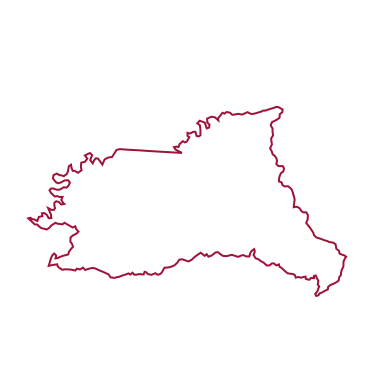 Francisco Beltrão, Paraná, Brazil (Albers equal-area conic projection), rotated 186°
{"feature_id": "56859067B76374785013373", "entity_name": "Francisco Beltrão", "entity_type": "district", "adm_level": 2, "iso_a3": "BRA", "parent_name": "Brazil", "parent_adm1": "Paraná", "projection": "albers", "projection_center": [-53.12, -26.068], "detail": "fine", "context": "isolated", "style": "outline", "palette": "rose", "viewbox_px": 384, "rotation_deg": 186, "n_neighbors": 0, "source": "geoboundaries", "source_scale": "gbopen_adm2", "svg_char_len": 4796}
<svg xmlns="http://www.w3.org/2000/svg" viewBox="0 0 384 384"><g transform="rotate(186 192 192)"><path d="M43.8,155.1L46.6,156.5L50.0,156.5L52.4,157.4L55.2,157.8L58.5,158.8L63.4,159.7L66.0,161.7L67.2,164.3L69.8,167.5L71.7,169.6L73.8,171.7L75.2,173.2L74.1,176.9L74.3,181.1L76.2,183.7L79.3,183.4L81.5,184.7L83.2,187.0L85.2,188.0L87.2,188.2L89.2,187.5L89.3,190.2L89.1,195.0L90.1,198.4L91.1,200.3L91.9,202.6L93.2,204.9L94.8,206.4L97.2,207.8L100.1,207.2L102.6,208.2L104.0,211.0L106.6,211.5L106.8,215.2L106.2,218.2L105.3,220.3L103.3,222.0L103.0,225.1L104.3,227.2L108.7,226.8L111.1,228.7L110.6,231.7L111.7,234.6L113.7,236.8L115.6,237.8L117.0,240.8L118.9,243.6L117.5,247.6L118.4,251.1L118.9,253.5L117.3,256.7L118.2,260.4L118.5,263.5L120.7,266.5L119.8,269.8L118.1,270.9L115.7,272.4L112.8,274.8L112.8,278.6L110.5,280.8L110.5,283.5L112.9,284.6L115.0,285.5L117.4,285.4L119.0,284.4L121.4,283.4L124.5,282.1L127.6,280.6L129.7,280.4L131.8,279.1L135.4,277.6L138.5,276.3L141.3,275.8L143.2,276.4L145.1,277.2L147.2,276.0L150.4,274.2L154.1,274.6L157.6,273.5L160.1,273.0L162.4,274.8L165.9,275.2L168.0,273.3L170.0,274.0L171.9,270.9L173.8,268.0L173.3,266.0L177.1,268.7L180.5,268.9L184.6,266.6L184.0,262.6L181.7,261.0L181.7,257.9L184.0,256.8L186.5,262.3L191.8,263.7L193.9,260.9L191.1,259.2L190.1,254.5L189.5,249.3L191.1,248.0L193.2,248.2L194.2,250.3L194.9,252.2L197.1,251.9L200.3,249.9L202.7,250.4L202.3,247.3L200.4,246.2L201.6,243.6L202.3,241.7L204.3,240.6L206.5,241.6L209.4,238.2L210.1,235.3L212.2,235.5L214.6,234.8L212.8,232.5L206.1,229.8L221.0,229.1L236.1,228.4L240.9,228.2L249.7,227.9L255.2,227.6L259.2,227.4L262.7,227.3L264.6,227.2L268.3,227.1L271.5,225.9L272.4,224.0L273.6,221.6L275.1,218.5L279.0,217.5L282.3,215.3L283.4,211.8L284.0,209.9L287.2,213.5L289.2,215.5L291.2,215.4L292.7,213.2L293.7,210.1L296.6,213.1L295.2,218.3L297.5,220.1L299.9,218.7L302.3,217.2L299.6,214.2L301.6,210.9L305.2,209.6L305.1,205.2L304.1,202.1L307.4,199.2L311.0,200.8L312.9,200.6L314.2,203.1L315.2,206.5L317.2,204.7L317.5,199.5L318.4,196.9L321.1,194.3L323.4,194.9L325.7,194.9L328.3,196.2L331.5,194.3L331.7,190.9L330.0,189.1L327.9,187.2L325.7,186.8L323.3,187.8L319.9,190.2L316.3,190.7L314.4,188.5L315.6,185.2L317.2,183.2L320.1,183.3L323.1,180.9L325.2,180.2L327.2,180.2L330.4,181.0L332.5,180.8L333.9,178.8L332.1,176.3L330.5,175.1L328.0,173.2L325.8,173.8L323.0,173.2L320.3,173.6L321.2,170.6L319.5,168.2L317.8,166.8L320.8,165.9L323.2,168.0L326.1,168.6L327.7,167.0L327.5,164.0L326.5,161.6L327.5,159.8L329.7,159.5L333.4,161.0L331.9,158.3L329.8,154.6L329.2,151.3L331.8,151.0L334.2,154.3L336.8,155.6L339.0,155.2L338.2,152.4L341.7,151.2L342.8,147.0L345.6,148.1L348.3,148.4L350.0,149.5L352.1,148.7L350.0,147.2L347.7,145.4L345.1,143.4L342.5,143.4L340.9,142.1L338.3,140.4L335.4,140.0L332.6,139.5L330.1,141.5L329.0,143.3L327.5,144.8L324.5,147.1L322.4,146.4L317.4,146.3L315.7,148.1L306.9,144.2L304.5,145.7L303.3,143.0L300.8,140.8L302.4,138.7L304.3,137.4L306.0,136.3L308.0,134.2L307.8,129.9L305.8,127.7L304.6,125.1L306.3,122.8L308.2,119.6L308.5,117.0L311.0,116.0L313.3,115.2L316.2,113.8L318.8,112.2L320.8,111.7L320.4,114.6L322.7,116.4L324.5,114.1L325.5,110.6L326.1,107.2L326.8,103.6L322.7,104.9L318.5,106.0L317.8,104.0L316.2,102.8L312.9,101.1L310.7,101.8L304.7,102.2L299.9,101.7L298.4,103.8L295.4,103.2L292.5,105.4L290.1,103.3L287.1,104.7L284.9,105.5L282.2,106.2L279.8,105.7L276.4,104.5L272.2,103.3L266.5,101.4L264.1,98.6L260.0,98.5L257.5,99.5L255.7,100.0L252.6,101.6L248.6,103.4L246.7,104.4L244.7,103.4L242.7,105.5L240.9,103.7L238.4,104.0L235.8,104.9L231.5,104.9L230.8,107.7L229.0,107.3L227.4,105.8L223.7,105.4L220.0,107.4L217.7,106.1L215.8,106.7L214.2,107.9L213.2,109.7L211.6,113.7L207.0,114.7L204.9,115.5L201.7,117.3L199.1,120.3L197.6,123.3L194.9,124.1L191.1,123.2L188.3,122.6L185.4,124.4L182.6,127.7L177.1,132.5L175.2,131.4L172.6,129.8L170.9,131.7L168.9,129.4L166.0,130.8L164.4,132.2L162.5,134.2L159.9,134.9L157.3,133.1L154.5,131.7L151.0,131.8L149.3,132.4L145.8,133.7L143.1,133.1L139.3,132.3L136.6,133.9L134.2,134.6L131.4,133.6L128.3,133.9L127.5,137.7L126.5,139.7L124.2,141.7L123.3,139.4L124.2,135.8L121.9,132.8L118.8,132.0L116.1,130.3L113.6,129.4L109.9,126.7L107.0,127.2L105.1,129.3L103.3,129.6L100.4,127.8L98.0,129.1L97.2,126.9L95.2,126.0L92.5,123.9L88.5,121.2L85.8,121.0L82.9,121.0L80.9,120.0L79.9,117.7L77.3,118.6L74.4,118.2L72.2,119.2L70.2,119.7L69.8,117.5L66.4,116.9L64.3,119.1L61.6,119.1L62.0,121.2L60.2,121.9L59.1,119.9L57.0,116.7L57.3,113.1L55.6,111.3L56.3,109.2L56.9,106.5L58.8,103.5L57.6,101.6L55.4,102.6L54.6,104.5L52.6,105.4L49.8,107.4L46.7,109.3L46.7,111.8L44.6,114.0L42.7,115.0L40.6,116.2L38.7,117.6L36.9,119.2L36.6,122.9L35.3,124.7L35.3,127.8L34.9,130.4L33.7,133.3L33.8,136.0L34.1,138.3L33.1,141.6L31.9,143.8L34.0,144.9L36.0,145.3L38.8,146.1L39.7,148.9L42.5,150.6L43.8,155.1Z" fill="none" stroke="#9f1239" stroke-width="2"/></g></svg>